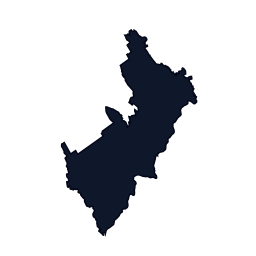 outline of Rumbas pag., Kuldigas, Latvia, rotated 247°
{"feature_id": "27541924B49988054161114", "entity_name": "Rumbas pag.", "entity_type": "district", "adm_level": 2, "iso_a3": "LVA", "parent_name": "Latvia", "parent_adm1": "Kuldigas", "projection": "natural_earth1", "projection_center": [22.062, 56.994], "detail": "fine", "context": "isolated", "style": "filled", "palette": "ink", "viewbox_px": 256, "rotation_deg": 247, "n_neighbors": 0, "source": "geoboundaries", "source_scale": "gbopen_adm2", "svg_char_len": 5856}
<svg xmlns="http://www.w3.org/2000/svg" viewBox="0 0 256 256"><g transform="rotate(247 128 128)"><path d="M125.2,201.4L125.8,201.3L126.3,201.8L127.4,201.5L128.2,201.6L128.6,201.5L129.0,202.3L130.0,203.1L130.4,202.6L132.3,202.6L132.3,202.3L131.6,201.9L132.5,201.4L133.0,201.5L134.0,202.4L134.3,202.1L135.0,202.1L135.7,201.7L136.1,201.7L136.9,202.5L137.6,202.1L137.9,202.2L138.2,202.6L138.1,203.6L138.4,203.9L138.9,203.6L140.1,203.7L141.3,204.0L141.6,203.2L144.4,203.5L145.8,202.8L148.7,203.0L148.2,205.8L148.3,206.0L150.7,206.6L151.1,205.1L151.1,203.9L150.8,202.4L151.5,200.9L154.6,199.2L154.9,199.4L154.9,199.8L155.2,200.5L155.2,202.2L158.1,203.2L161.0,202.5L161.9,201.6L161.4,200.9L160.5,200.7L159.7,199.3L159.6,199.1L160.1,198.0L160.2,196.9L159.6,196.8L158.9,196.0L158.6,196.0L158.5,196.3L158.1,196.1L158.8,195.5L158.6,194.8L158.8,194.7L159.1,195.0L159.3,194.9L159.2,194.2L159.4,194.1L159.0,193.9L158.4,193.9L157.7,193.4L157.9,193.0L158.7,192.8L158.1,192.6L158.7,192.3L158.8,191.8L159.0,191.7L159.1,192.0L159.4,192.0L160.5,191.1L161.5,191.3L161.2,190.8L161.5,190.6L162.2,190.5L162.5,189.8L163.4,189.6L163.4,189.3L163.9,189.4L164.8,190.0L165.2,189.7L166.2,189.3L166.8,189.5L166.9,189.3L166.5,189.0L166.8,188.8L166.9,188.4L167.1,188.4L167.5,188.9L168.5,188.7L168.9,188.5L169.4,187.9L169.0,187.2L170.1,187.3L170.3,187.2L170.1,186.9L170.7,186.6L170.3,186.3L170.6,185.7L172.2,184.9L172.2,184.6L172.6,184.4L173.0,184.6L174.0,184.4L174.5,183.8L173.5,182.5L174.8,180.5L175.0,180.4L175.4,179.4L176.7,178.5L177.6,178.5L179.6,177.8L185.4,176.4L186.5,176.5L186.6,175.9L190.2,175.6L195.6,174.4L195.6,177.8L196.7,178.0L197.3,176.3L199.2,176.1L199.1,176.7L200.8,176.8L200.5,177.5L201.8,179.7L202.5,180.1L203.3,179.6L204.0,179.9L205.1,179.1L205.7,176.3L206.3,175.7L207.1,175.4L208.3,174.5L208.2,174.1L213.6,173.2L215.6,171.9L214.7,171.5L214.7,171.2L214.9,171.1L214.8,170.1L216.0,169.6L216.5,168.9L217.0,169.1L216.8,167.7L216.4,166.9L214.9,166.3L212.9,166.4L212.9,165.7L213.8,165.5L214.5,164.6L214.0,163.2L214.7,161.3L212.6,161.6L211.6,161.3L209.4,161.5L208.7,162.1L207.1,163.0L205.8,163.2L204.6,159.6L196.6,160.7L195.6,156.5L196.2,156.5L196.0,155.6L191.0,156.1L188.6,145.4L187.5,145.5L185.1,145.0L184.8,145.4L183.9,145.5L183.9,145.0L182.6,144.3L182.2,144.4L180.4,144.3L179.3,143.6L176.7,143.9L176.8,144.9L172.6,144.4L172.6,144.2L167.8,144.8L160.5,147.3L159.6,147.3L158.2,146.4L155.4,145.8L154.3,144.6L154.8,142.9L153.8,141.4L152.0,140.0L151.1,138.9L148.8,140.3L147.6,140.8L147.7,141.3L148.5,142.1L148.3,142.7L147.3,143.4L144.2,144.9L143.8,145.4L140.9,144.8L138.8,143.3L142.2,141.4L140.9,140.8L139.2,140.8L137.4,140.3L136.4,139.9L137.1,139.3L137.8,136.4L137.1,134.7L138.1,133.3L134.0,132.7L133.4,132.5L133.4,132.0L133.0,131.9L132.7,132.4L132.4,132.5L132.2,132.2L132.8,131.6L132.2,131.5L131.8,131.1L131.0,131.1L131.9,130.7L131.3,130.5L130.2,130.7L129.4,129.1L129.0,127.9L129.3,127.8L129.7,128.2L134.3,128.2L136.2,127.1L136.5,126.5L136.6,125.5L137.9,125.4L138.7,126.7L140.7,126.4L142.0,127.1L142.5,127.0L143.2,125.9L146.3,125.3L146.3,125.1L151.5,121.4L151.5,121.0L151.7,120.7L155.6,116.8L156.0,115.8L152.1,114.4L150.4,114.2L143.6,114.9L142.6,115.1L138.3,117.1L135.1,103.2L133.4,102.1L133.3,101.5L130.1,101.9L123.4,71.4L127.7,70.9L126.5,65.0L139.5,63.6L139.0,61.0L139.1,60.7L137.5,59.9L136.6,59.7L134.7,60.1L132.9,60.0L131.5,60.2L130.3,59.6L129.8,59.6L129.3,59.7L127.7,60.6L126.3,60.7L125.0,60.0L125.3,59.0L124.6,58.3L122.1,58.4L121.5,58.3L120.6,58.5L119.8,58.5L117.7,57.4L117.0,56.5L116.2,56.4L115.6,56.9L114.9,57.0L113.6,56.4L111.8,56.3L110.2,56.0L109.9,55.8L109.3,54.9L109.5,53.6L109.0,53.2L106.8,52.7L104.6,53.4L102.9,53.0L102.3,52.8L101.8,52.2L102.4,51.2L102.5,50.9L102.4,50.6L99.5,49.8L97.4,49.4L97.1,49.5L96.7,50.2L96.9,50.9L97.5,51.3L97.3,51.6L96.6,51.8L95.9,51.7L94.6,51.0L94.0,51.5L93.5,52.5L92.6,53.3L92.4,53.7L92.5,54.2L93.0,54.7L92.9,55.0L92.0,55.7L91.4,57.3L90.9,58.0L90.0,58.1L88.5,57.0L87.8,57.3L87.1,58.1L86.0,58.8L84.8,58.4L81.2,59.4L79.4,60.3L79.0,60.2L78.0,59.6L77.1,59.3L72.6,59.5L72.0,59.8L70.9,61.3L70.1,61.8L70.3,62.7L69.8,64.6L69.3,65.0L67.7,64.4L66.8,64.7L66.2,65.1L65.0,65.0L64.7,64.4L63.4,63.4L63.1,62.6L61.7,61.8L60.4,61.6L59.5,61.7L58.4,62.6L57.2,62.8L56.2,62.6L54.5,63.0L53.3,62.8L52.8,62.2L49.2,61.4L47.6,62.2L46.5,62.4L45.2,63.1L44.8,62.9L44.8,62.1L45.2,61.6L45.0,61.2L44.3,60.9L42.9,61.8L41.9,62.1L41.4,62.6L39.4,63.1L39.0,63.3L39.0,63.6L40.7,63.8L41.4,64.3L41.4,65.1L41.0,65.5L40.3,65.7L39.2,65.6L42.2,67.8L43.1,69.3L43.7,72.8L44.9,77.1L48.4,79.6L48.9,80.9L49.0,81.8L50.7,85.5L52.6,87.6L52.8,89.5L53.2,90.1L54.5,90.4L55.0,90.6L55.2,91.0L55.2,92.3L54.6,94.2L54.9,94.7L55.0,96.0L55.4,96.6L56.8,97.7L61.1,98.9L62.2,100.3L65.5,102.7L65.9,103.3L66.1,103.7L66.0,104.5L65.7,105.4L64.0,106.5L63.9,106.9L64.0,107.6L64.8,108.2L66.4,108.9L68.2,109.5L70.8,111.2L72.3,111.8L73.5,113.5L74.1,113.8L74.9,113.9L76.2,113.6L77.2,113.0L77.9,112.7L78.6,112.9L80.8,114.1L81.1,114.9L81.2,116.6L81.4,117.5L81.0,119.0L79.9,120.7L77.8,122.8L76.1,125.7L76.0,126.9L75.0,127.8L75.2,128.0L73.9,128.8L73.6,129.2L73.4,129.7L73.1,131.2L72.8,132.0L71.7,133.2L71.1,133.5L70.7,134.2L70.8,134.7L71.1,135.0L73.2,135.5L73.7,135.2L76.5,134.8L77.2,135.0L78.3,136.0L79.6,135.9L80.3,136.5L83.1,136.5L88.6,140.8L90.4,141.9L91.6,143.1L91.4,143.2L91.5,144.1L91.0,144.4L92.0,144.7L92.9,146.2L93.2,147.2L93.2,148.4L92.7,150.9L93.1,152.6L93.5,153.7L94.0,154.4L97.7,156.3L98.7,157.4L99.1,158.8L99.8,159.5L101.2,160.0L102.7,160.8L103.0,162.8L104.8,165.9L105.1,167.2L105.6,168.2L106.1,168.8L106.9,169.2L108.1,169.5L111.5,169.7L114.0,170.8L114.6,171.2L114.9,171.7L115.2,173.8L118.0,177.8L119.1,181.4L119.9,182.2L124.0,183.2L125.7,185.0L126.0,185.6L126.2,187.0L126.6,187.8L126.7,188.4L126.6,189.5L127.0,192.3L127.4,192.7L128.7,193.2L129.3,193.8L129.3,194.7L128.7,195.6L127.8,196.4L124.6,198.2L124.3,198.9L124.8,200.7L125.2,201.4Z" fill="#0f172a" stroke="#020617" stroke-width="1.5"/></g></svg>